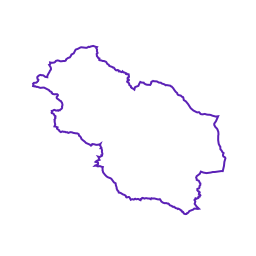 outline of Mogotes, Santander, Colombia, rotated 280°
{"feature_id": "7082276B70179238188683", "entity_name": "Mogotes", "entity_type": "district", "adm_level": 2, "iso_a3": "COL", "parent_name": "Colombia", "parent_adm1": "Santander", "projection": "natural_earth1", "projection_center": [-72.971, 6.504], "detail": "fine", "context": "isolated", "style": "outline", "palette": "violet", "viewbox_px": 256, "rotation_deg": 280, "n_neighbors": 0, "source": "geoboundaries", "source_scale": "gbopen_adm2", "svg_char_len": 5809}
<svg xmlns="http://www.w3.org/2000/svg" viewBox="0 0 256 256"><g transform="rotate(280 128 128)"><path d="M102.0,228.8L107.3,229.1L111.4,228.8L115.1,229.2L115.7,228.8L116.2,228.1L116.4,227.1L117.2,226.4L118.2,226.2L119.9,226.5L120.5,225.3L122.1,224.0L123.1,222.7L125.7,222.1L126.4,221.3L128.1,220.1L131.7,218.9L136.0,218.2L137.5,218.2L139.9,217.6L142.3,216.2L143.0,215.5L144.2,213.8L146.0,212.4L147.3,212.2L150.1,213.5L155.2,214.7L154.5,212.5L154.8,208.9L155.2,207.2L155.2,205.9L154.9,203.8L155.0,202.5L155.2,201.2L154.4,199.1L154.3,197.5L154.6,196.7L155.4,196.0L155.9,195.2L155.4,193.6L155.5,192.8L156.6,189.3L158.4,186.3L162.0,183.0L164.3,180.3L165.2,178.1L167.5,177.2L168.0,176.8L168.1,175.8L169.1,174.3L169.2,171.8L169.8,170.9L170.9,170.4L172.0,168.6L174.1,166.4L174.8,165.9L176.4,163.8L176.5,163.0L177.0,162.4L177.0,158.6L176.6,157.7L177.3,156.3L177.7,153.5L178.3,152.5L178.1,150.5L178.9,148.3L178.6,145.8L178.6,144.8L178.7,144.5L178.2,144.1L177.9,143.4L177.3,142.9L175.8,143.0L174.3,142.4L173.9,139.2L174.1,137.7L174.7,136.2L175.4,135.6L175.1,133.7L175.5,132.1L173.5,131.4L171.3,130.9L169.6,128.0L169.1,127.8L166.9,127.6L167.8,125.8L168.0,124.8L168.5,124.4L168.6,123.9L169.7,123.6L170.6,121.8L172.2,121.3L173.4,119.1L174.6,119.4L174.9,120.4L175.3,120.6L175.8,120.4L176.0,119.3L176.3,119.0L177.6,119.0L178.1,119.9L178.5,120.1L181.0,119.3L181.0,118.2L180.7,117.7L180.9,117.3L180.9,116.7L181.6,116.7L181.7,115.8L182.1,114.9L182.0,113.9L182.8,112.8L182.2,112.6L181.9,112.0L182.0,111.4L182.5,110.1L182.1,109.5L182.1,109.1L183.1,108.7L183.3,107.9L183.3,107.6L182.8,106.9L182.8,106.1L183.2,105.6L183.6,104.8L184.3,104.4L185.1,103.3L184.9,102.6L185.4,101.7L185.9,98.8L187.0,98.0L187.3,97.0L187.7,96.3L189.1,95.2L189.4,94.7L189.8,92.7L189.6,91.4L189.9,89.9L189.8,88.6L190.0,88.3L190.1,87.8L191.5,87.8L191.8,86.5L192.3,86.2L193.4,84.9L194.1,84.8L194.6,84.5L195.7,84.3L196.6,85.0L198.3,84.0L199.9,83.9L201.1,82.9L202.3,83.4L202.3,82.2L202.8,79.5L201.7,76.9L201.1,76.2L201.1,74.9L200.3,74.2L199.7,73.0L199.4,67.9L199.0,67.1L197.2,64.8L196.3,63.1L195.8,62.7L192.1,61.6L190.5,59.5L189.6,59.4L187.5,58.5L186.5,56.7L184.8,55.1L183.9,55.1L183.4,54.8L182.9,53.8L182.8,52.9L182.0,50.3L182.0,49.6L182.3,48.1L182.3,46.9L181.6,45.4L180.3,44.7L179.6,43.8L179.0,41.8L179.0,39.9L177.8,40.3L176.8,39.9L176.5,39.4L174.2,41.4L172.8,41.9L172.1,41.9L170.8,41.2L169.5,40.9L167.1,40.0L165.2,39.5L164.0,39.7L164.0,37.6L165.1,35.6L165.1,34.2L164.9,33.5L165.1,32.8L165.0,32.3L163.9,30.8L162.3,29.8L160.7,30.3L159.9,31.4L158.5,31.2L158.2,30.8L157.3,30.4L156.7,29.8L156.1,27.5L155.1,26.8L154.0,27.5L153.3,27.2L152.8,27.2L152.7,28.9L153.0,29.6L152.6,30.5L152.8,31.7L152.3,34.7L153.1,37.5L153.2,38.4L151.6,43.6L150.6,44.6L150.5,45.6L150.1,46.4L149.8,46.8L149.3,46.7L148.5,47.8L148.4,49.4L149.0,52.3L148.8,52.7L148.3,53.3L147.6,53.2L146.2,52.4L145.3,52.5L144.8,52.9L143.8,55.1L143.2,55.8L142.9,57.2L141.8,58.1L141.6,58.5L139.7,59.4L138.5,59.5L137.9,59.2L137.1,59.5L136.2,59.6L135.2,59.1L134.2,58.0L133.6,57.8L133.5,57.0L132.9,56.3L133.3,55.9L132.6,54.1L133.1,52.5L132.9,51.9L132.1,51.1L131.6,50.0L131.0,50.3L129.8,50.1L129.4,50.4L129.4,51.1L129.0,52.3L127.4,53.6L127.2,54.4L127.0,54.6L125.5,54.4L125.3,54.8L124.9,54.8L123.3,54.1L122.3,54.7L121.5,54.6L118.9,55.7L116.8,55.3L116.8,56.6L116.4,58.4L115.8,58.1L115.0,58.2L113.8,60.6L113.4,60.7L112.9,61.3L112.3,62.6L113.2,63.9L113.1,65.6L113.3,66.6L113.0,67.7L113.3,68.8L112.8,70.0L113.9,72.0L114.0,73.5L113.7,75.0L113.7,77.9L113.9,78.6L113.8,79.4L113.3,80.6L111.9,81.1L111.6,82.1L110.4,83.4L109.4,83.8L108.4,85.2L107.1,87.7L106.0,89.2L105.0,93.3L104.2,94.6L104.8,95.2L106.0,95.6L106.1,97.5L105.9,99.3L106.0,100.3L106.9,102.9L107.6,103.6L106.2,103.3L106.1,103.7L104.9,104.3L104.1,105.1L103.5,104.8L103.6,105.3L103.3,105.4L101.5,106.3L100.1,106.4L98.1,107.3L96.8,107.2L96.6,106.7L96.1,107.1L95.9,106.9L94.7,105.4L94.5,104.7L94.6,103.6L93.9,104.3L93.0,104.6L91.7,105.5L90.9,103.8L89.7,102.4L89.0,101.9L88.9,102.3L88.8,104.4L87.4,104.8L86.8,104.6L86.4,104.3L85.4,102.2L85.1,102.0L85.4,103.0L85.4,103.8L85.0,104.4L85.0,105.1L85.6,107.0L85.2,109.0L85.2,110.0L83.7,109.9L82.8,110.2L81.8,110.3L81.1,110.8L80.5,110.9L79.8,111.4L77.9,113.5L76.6,115.3L76.0,116.7L75.5,119.4L75.1,120.4L72.0,123.6L71.4,125.4L69.7,125.9L67.5,127.1L66.2,127.4L65.6,128.0L64.7,128.4L64.0,129.6L62.8,130.1L62.8,131.9L61.7,134.6L61.5,136.0L61.0,137.3L60.5,137.8L60.0,137.9L59.5,138.4L59.4,138.9L60.1,140.3L60.2,141.0L59.7,141.7L57.8,143.2L58.4,144.0L58.7,144.9L58.5,146.0L58.6,146.3L59.3,146.8L59.6,147.4L59.3,148.1L59.3,148.8L59.9,150.1L59.8,150.9L59.3,151.9L59.1,152.9L59.6,153.0L60.0,152.7L60.4,153.0L60.6,153.7L61.3,153.9L61.6,154.2L61.7,154.8L61.3,156.4L61.4,156.7L61.8,157.1L62.1,158.6L62.0,159.9L62.3,161.1L61.8,162.8L62.9,163.2L62.8,164.8L63.1,165.5L63.2,166.3L62.9,169.6L63.1,171.6L63.4,171.8L63.2,172.1L61.4,173.6L60.6,175.3L60.3,177.0L60.7,178.8L60.4,180.4L60.6,180.7L60.2,181.6L59.2,182.5L58.8,184.8L58.2,185.5L58.4,187.0L58.0,187.3L57.9,188.2L57.4,188.8L57.3,190.5L56.9,191.1L57.3,191.6L56.8,193.3L56.1,194.2L56.2,194.8L56.0,195.1L55.0,195.7L54.8,196.1L55.0,196.5L54.9,196.8L54.4,197.3L53.7,197.6L53.3,198.3L53.2,199.6L53.5,200.6L54.3,200.8L55.0,202.0L56.8,202.8L59.0,206.4L60.1,207.2L60.3,208.3L60.4,210.8L60.8,211.9L62.6,209.2L64.9,206.8L66.3,207.0L67.5,207.0L68.5,206.0L69.0,206.0L69.5,206.3L69.8,207.0L70.5,206.9L70.4,208.0L70.7,208.4L71.1,209.2L71.3,209.4L71.9,209.2L72.5,209.3L72.7,210.2L73.3,210.0L73.7,210.8L74.3,211.0L75.3,210.0L75.3,209.3L76.6,209.3L77.2,209.7L77.9,208.7L77.9,208.1L78.8,207.0L80.1,206.9L80.8,208.3L81.7,208.7L83.3,208.5L84.4,209.1L86.0,208.9L86.3,208.3L88.0,207.2L88.4,206.8L88.8,204.7L90.0,204.4L90.9,203.7L92.5,204.0L93.1,204.6L95.4,206.7L97.7,207.3L97.2,210.1L97.2,213.1L98.5,217.2L99.4,219.2L99.8,221.3L101.8,227.4L102.0,228.8Z" fill="none" stroke="#5b21b6" stroke-width="2"/></g></svg>